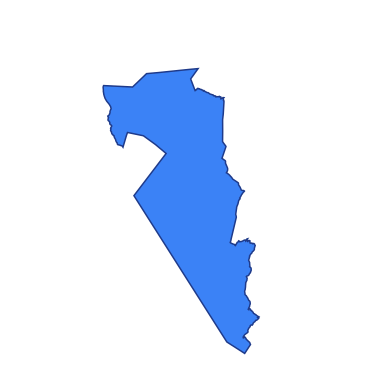 Laisamis, Eastern, Kenya, rotated 213°
{"feature_id": "3690345B46270372847124", "entity_name": "Laisamis", "entity_type": "district", "adm_level": 2, "iso_a3": "KEN", "parent_name": "Kenya", "parent_adm1": "Eastern", "projection": "albers", "projection_center": [37.15, 2.304], "detail": "fine", "context": "isolated", "style": "filled", "palette": "blue", "viewbox_px": 384, "rotation_deg": 213, "n_neighbors": 0, "source": "geoboundaries", "source_scale": "gbopen_adm2", "svg_char_len": 5684}
<svg xmlns="http://www.w3.org/2000/svg" viewBox="0 0 384 384"><g transform="rotate(213 192 192)"><path d="M324.1,233.1L324.0,232.4L323.5,231.3L321.9,229.3L321.1,228.0L320.6,227.5L319.1,225.8L317.6,224.5L315.8,223.1L313.0,221.7L309.0,220.4L308.6,220.2L307.7,219.7L307.0,219.4L306.7,219.2L305.2,217.8L305.1,217.5L305.1,216.9L305.0,216.6L305.0,216.3L304.8,215.5L304.6,214.8L304.2,214.3L304.1,214.0L303.9,213.8L303.8,213.3L303.7,212.9L303.7,212.4L303.4,212.0L303.7,210.4L304.0,209.8L303.8,209.6L303.0,209.3L302.6,209.0L302.5,208.9L302.6,208.4L302.3,208.1L302.2,207.8L301.9,207.4L301.8,206.7L301.7,206.6L300.8,206.2L299.9,206.2L299.5,206.0L299.1,205.6L298.7,205.4L298.6,205.2L298.3,204.9L298.1,204.4L297.2,204.0L296.9,204.1L296.6,204.2L296.3,204.0L295.4,203.8L295.2,203.5L295.1,201.6L294.9,201.0L294.4,200.9L293.9,199.4L293.1,198.8L292.9,198.8L292.6,198.7L292.3,198.6L292.1,198.2L291.0,197.3L290.7,197.2L290.4,197.0L290.0,197.1L289.7,196.8L288.6,196.7L288.0,196.7L287.9,196.6L287.6,196.1L287.1,195.8L286.6,195.3L286.0,195.1L284.6,194.3L284.1,193.8L283.1,193.0L282.2,192.6L281.6,192.5L280.8,191.6L279.8,191.3L279.7,191.3L279.2,191.7L278.7,191.7L277.8,192.1L276.7,192.2L276.4,192.4L275.9,192.5L275.4,192.5L274.3,192.0L277.8,203.8L278.5,206.8L263.4,212.7L248.4,211.9L234.7,210.2L238.7,157.3L81.1,85.2L59.9,85.3L59.9,96.0L60.0,96.1L60.8,96.5L61.6,97.2L62.0,97.3L62.6,97.4L63.3,97.4L63.6,97.6L64.1,97.6L64.9,97.9L66.0,97.9L66.6,98.2L66.9,98.6L67.8,98.9L68.9,99.2L69.0,99.1L69.2,98.8L69.2,98.7L69.0,98.3L69.5,97.6L69.8,97.8L70.1,98.5L70.2,98.9L70.1,101.0L69.8,101.9L68.8,104.5L68.8,105.0L68.9,105.3L69.2,105.5L69.5,105.9L69.8,106.3L69.9,106.7L70.2,108.6L69.9,110.8L70.3,111.3L70.3,111.8L70.2,112.3L69.8,112.9L69.6,113.0L69.1,113.0L69.0,113.3L68.9,114.2L69.1,114.5L69.2,114.9L69.2,115.8L69.0,116.7L68.9,117.0L68.6,117.6L68.7,118.2L68.6,118.5L68.6,119.1L68.1,119.5L67.7,120.3L67.6,120.9L67.4,121.6L67.3,122.5L67.5,122.6L67.8,122.4L67.9,122.5L67.8,123.0L68.3,122.7L68.6,122.6L68.5,123.3L68.3,123.7L68.3,123.8L68.8,123.6L69.0,123.6L70.9,123.7L71.6,123.9L72.1,123.7L73.0,123.9L74.3,123.7L75.2,124.4L76.8,124.7L77.5,125.1L77.7,124.8L77.9,124.8L78.2,124.9L78.6,124.9L79.9,125.7L80.3,125.5L80.7,125.2L80.8,124.8L80.8,124.5L80.6,124.2L80.9,124.2L81.0,124.7L81.1,125.1L81.3,125.9L81.3,126.6L81.4,127.3L81.5,127.7L81.9,128.4L82.2,129.8L82.5,130.3L83.6,131.6L84.4,132.0L85.3,132.0L86.7,132.9L87.0,133.0L87.6,133.5L88.7,133.9L90.1,134.6L91.1,134.7L91.5,134.8L91.9,135.1L92.3,135.8L93.5,137.0L93.8,137.5L94.0,138.0L94.3,139.2L95.5,141.7L96.0,142.4L96.4,143.3L96.8,143.8L96.9,144.3L97.5,144.9L97.6,145.4L97.6,146.1L97.8,146.7L97.8,147.6L98.1,148.2L98.6,149.4L98.9,149.8L99.6,150.2L100.1,150.5L100.3,150.6L100.4,150.8L100.3,151.2L99.5,152.2L99.3,152.6L99.1,153.4L99.1,153.7L99.3,154.4L99.1,156.1L99.1,156.3L99.5,157.2L99.5,158.1L99.9,158.6L99.9,158.9L100.5,159.6L100.8,160.1L101.1,160.4L102.1,160.7L102.8,160.6L103.0,160.7L103.1,160.9L103.1,161.3L103.3,161.6L104.9,163.7L105.2,164.2L106.8,165.3L107.4,165.7L107.8,167.3L108.3,168.5L108.3,169.2L108.4,169.3L108.9,169.6L108.9,170.0L108.9,171.1L109.0,171.9L108.7,172.6L108.6,173.4L108.8,174.4L108.8,174.6L108.8,174.9L108.5,175.6L108.4,176.1L108.3,177.4L108.4,177.8L109.1,178.9L109.8,181.4L109.9,181.6L110.3,181.8L110.7,181.9L111.3,182.4L112.0,182.5L112.6,182.2L112.8,181.7L113.6,181.8L113.9,181.5L114.4,181.5L114.7,181.4L115.0,181.2L115.3,180.8L116.2,181.5L116.5,181.9L116.6,182.5L116.9,182.6L117.6,182.5L118.0,182.3L118.3,181.7L118.2,180.9L118.4,180.7L118.5,180.7L119.3,181.0L119.5,181.4L119.5,181.6L120.0,181.5L120.1,181.8L120.0,183.0L120.3,182.7L120.5,181.6L120.5,180.4L120.9,180.8L121.0,180.8L121.3,180.4L121.8,180.3L122.0,180.1L122.4,179.2L123.3,177.7L123.6,177.4L124.8,176.3L125.1,176.2L125.9,176.6L126.2,176.6L126.3,176.1L126.1,175.6L126.2,175.2L126.6,174.5L126.7,174.1L126.5,173.3L126.6,172.2L126.4,170.7L126.8,170.6L127.1,170.8L127.2,171.1L127.3,171.2L127.9,171.1L129.2,170.7L129.7,170.7L130.4,170.5L131.3,170.5L131.8,170.3L132.4,170.4L133.0,172.6L133.5,173.7L141.1,195.0L142.0,196.0L143.2,197.1L146.0,203.2L146.3,203.5L147.0,207.1L148.2,210.3L148.0,212.5L148.3,212.8L148.7,212.9L148.7,214.6L149.0,217.1L148.8,217.8L148.9,218.2L148.8,219.7L148.5,220.9L148.5,221.3L149.0,221.4L149.3,221.4L149.7,221.3L150.6,220.7L151.0,220.6L151.8,220.5L152.1,220.7L153.0,221.4L154.6,222.4L156.8,223.3L157.9,224.7L158.2,224.9L164.8,225.0L165.1,225.1L166.6,225.8L169.0,226.4L169.6,226.6L170.9,226.8L172.6,226.9L173.2,227.0L173.6,226.9L173.8,229.0L173.9,229.4L174.6,230.7L175.1,231.3L175.6,231.7L179.6,234.4L180.6,236.0L181.0,236.3L181.4,236.4L182.3,236.4L185.2,236.6L188.2,248.4L188.4,248.8L192.4,250.3L193.7,250.9L194.0,251.2L199.0,259.1L205.7,269.3L208.3,274.5L214.4,285.2L214.7,285.4L214.8,285.8L215.0,285.9L215.4,285.9L215.6,286.0L216.0,286.8L216.3,286.9L216.7,287.6L216.8,287.9L216.6,288.4L216.6,288.5L217.4,288.1L217.4,287.7L217.6,287.5L217.6,287.2L218.3,286.5L218.4,285.9L218.6,285.8L219.1,287.0L219.4,287.3L219.7,287.4L220.4,287.1L221.0,287.1L221.0,286.6L221.7,286.5L222.0,286.1L222.7,285.7L223.5,285.0L224.1,284.7L224.3,284.8L224.6,285.3L225.0,285.0L225.8,284.9L226.1,284.6L226.5,284.5L227.0,284.9L227.3,284.9L228.1,284.6L230.3,284.0L230.9,284.0L231.8,284.1L232.6,284.1L233.8,283.5L234.6,283.6L235.3,283.4L236.1,283.4L236.3,283.5L236.9,283.6L237.0,283.6L237.1,283.1L237.3,282.9L237.6,282.9L237.9,283.2L238.6,283.3L239.1,283.0L239.9,283.0L240.2,283.0L240.9,282.5L241.2,282.5L241.8,282.7L242.0,282.6L242.4,282.2L243.5,282.2L243.6,281.8L243.7,281.5L244.0,281.1L243.9,280.4L244.3,280.0L244.3,279.4L244.4,279.0L244.6,278.7L254.7,286.1L254.1,298.8L261.2,293.2L284.4,274.5L294.6,266.5L299.0,247.7L324.1,233.1Z" fill="#3b82f6" stroke="#1e3a8a" stroke-width="1.5"/></g></svg>